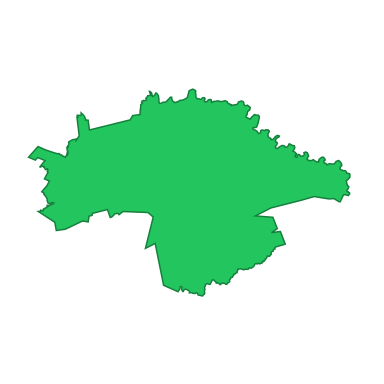 the district of Concordia, Sinaloa, Mexico, rotated 84°
{"feature_id": "50627088B76854514222016", "entity_name": "Concordia", "entity_type": "district", "adm_level": 2, "iso_a3": "MEX", "parent_name": "Mexico", "parent_adm1": "Sinaloa", "projection": "natural_earth1", "projection_center": [-106.025, 23.421], "detail": "fine", "context": "isolated", "style": "filled", "palette": "green", "viewbox_px": 384, "rotation_deg": 84, "n_neighbors": 0, "source": "geoboundaries", "source_scale": "gbopen_adm2", "svg_char_len": 6022}
<svg xmlns="http://www.w3.org/2000/svg" viewBox="0 0 384 384"><g transform="rotate(84 192 192)"><path d="M260.6,119.8L259.6,118.7L259.3,117.4L258.5,117.4L257.5,116.4L257.2,116.0L257.3,115.4L256.0,115.3L255.5,114.9L253.6,104.7L240.5,108.2L240.7,117.2L237.4,111.0L225.6,114.2L222.4,131.5L216.1,115.1L211.6,84.0L209.3,71.0L213.2,56.6L213.4,51.5L217.2,46.6L217.2,45.6L210.7,41.7L210.7,39.7L211.9,37.1L210.6,35.5L209.3,35.4L208.9,36.1L208.2,36.4L208.0,37.5L207.4,38.0L206.8,38.0L205.0,36.3L203.0,35.5L202.2,36.4L201.2,36.8L197.7,37.4L196.9,37.2L196.0,35.7L193.6,33.3L192.5,33.5L191.4,33.1L190.6,33.2L190.1,33.7L189.6,36.0L188.0,36.4L186.8,37.4L186.5,39.5L185.2,41.8L184.1,42.4L182.6,41.9L181.7,40.6L181.0,40.2L179.2,40.5L177.3,41.5L176.0,42.9L176.6,45.4L178.8,47.4L179.0,49.0L178.2,52.2L179.1,55.0L177.7,55.8L176.8,57.3L176.0,57.8L174.8,57.5L174.3,56.3L173.4,56.2L171.6,57.3L170.9,58.2L171.4,60.1L172.6,61.8L173.7,62.7L174.9,62.7L175.5,63.3L175.2,63.8L175.1,65.0L174.7,65.6L172.5,68.0L173.2,69.8L173.0,72.0L171.8,74.1L169.9,73.5L168.6,72.3L167.7,72.4L164.9,73.3L164.1,74.8L164.6,76.6L166.6,76.3L167.6,77.3L167.9,80.1L166.2,81.2L165.8,82.3L166.5,83.6L168.1,83.7L168.4,84.3L168.2,85.0L167.8,85.5L166.9,85.7L164.9,84.1L164.3,84.8L163.6,85.0L161.9,87.3L159.1,85.2L156.8,85.3L156.2,87.3L154.4,89.7L154.5,90.7L156.2,91.4L157.3,93.3L157.2,94.7L155.9,95.1L155.1,97.3L156.1,100.0L157.7,102.5L157.0,104.2L155.5,104.5L154.3,103.1L152.7,102.1L151.6,102.2L150.6,103.7L149.9,103.7L147.6,102.7L146.4,99.8L145.5,99.2L144.9,100.1L144.7,101.4L145.6,103.3L147.7,105.3L148.3,106.3L148.3,107.7L147.8,108.1L146.9,108.0L146.3,109.2L145.0,110.4L142.4,110.5L139.7,108.7L139.3,108.8L139.2,109.4L138.3,109.7L137.8,111.9L138.5,113.3L137.8,115.1L137.7,116.4L138.2,117.2L140.4,117.7L140.8,119.7L138.7,120.8L137.1,122.5L136.2,124.5L135.1,124.8L134.4,124.4L134.5,121.5L133.8,120.7L130.0,118.9L124.7,117.2L123.8,117.2L122.5,118.1L122.3,120.1L121.5,121.8L123.9,125.0L125.7,126.5L123.3,130.3L122.2,130.4L120.8,129.1L117.9,128.4L116.5,126.1L114.0,125.2L111.5,127.8L111.8,129.6L111.5,130.5L110.2,131.2L108.3,131.2L107.4,131.7L106.7,133.3L106.8,134.4L107.4,136.4L109.2,137.6L109.7,138.5L109.8,141.7L110.2,143.8L110.0,144.1L109.3,143.8L107.6,146.9L105.9,147.5L104.7,149.4L105.2,153.6L104.9,154.8L104.2,155.7L104.3,156.8L104.0,157.7L104.3,158.7L104.2,160.9L105.1,163.0L104.8,163.3L102.4,163.2L101.9,164.0L102.1,166.2L103.6,167.4L103.8,169.5L102.7,170.3L101.2,169.4L100.0,169.4L99.5,169.8L99.3,171.5L100.9,173.3L100.1,175.3L99.9,177.0L97.6,178.3L95.5,177.9L93.7,178.3L92.4,177.7L91.9,177.8L91.1,178.3L89.8,180.5L90.7,183.7L91.1,184.3L97.4,186.7L98.4,188.2L99.6,191.6L99.7,194.9L100.6,196.1L100.9,196.9L100.8,197.7L101.4,199.5L99.5,201.8L97.3,202.4L95.7,202.3L95.4,203.1L96.0,204.3L96.9,204.9L97.2,205.6L99.9,208.6L99.7,211.5L100.6,213.6L100.6,214.7L100.3,215.2L97.7,215.5L96.7,215.2L92.7,215.4L90.5,216.5L89.8,217.2L89.8,217.7L91.7,219.0L92.8,220.4L92.8,221.3L89.1,221.9L87.8,223.1L87.5,223.8L91.6,223.0L91.7,226.1L93.7,227.4L93.9,228.1L95.6,227.5L96.3,229.6L95.8,230.4L96.3,231.2L96.2,231.9L96.8,232.1L97.3,232.8L98.6,232.1L99.7,233.7L100.4,234.0L102.6,234.1L104.0,234.8L104.7,234.4L106.0,235.2L107.4,235.2L108.0,235.5L109.5,235.3L109.8,243.0L113.8,246.0L119.6,287.5L109.7,287.8L109.3,290.4L108.3,290.2L107.1,290.8L106.0,290.8L103.5,292.4L101.8,294.0L103.3,294.0L104.2,294.7L103.7,298.1L105.6,297.7L105.5,298.6L124.4,298.3L128.5,301.8L127.2,301.7L127.5,302.9L127.4,304.8L128.3,307.4L129.3,309.3L129.8,309.6L131.0,309.3L132.1,309.7L133.5,311.0L134.4,310.3L134.6,311.0L134.3,311.5L134.7,311.8L135.5,311.6L136.2,311.9L137.0,311.4L138.0,311.8L139.2,311.1L139.5,311.7L140.2,311.6L140.4,312.3L141.0,312.3L141.3,311.5L142.6,312.2L142.6,312.5L142.1,312.8L144.2,314.4L142.9,316.1L143.0,317.0L141.5,317.8L141.0,319.2L139.9,320.1L139.8,320.9L140.0,321.4L138.6,325.0L134.9,333.1L130.7,340.4L140.3,350.9L143.9,344.5L141.6,341.9L145.3,334.9L151.1,340.6L151.4,340.2L151.3,339.7L150.7,339.3L150.6,338.6L151.2,336.7L151.6,337.1L153.1,335.8L154.4,335.5L153.8,333.4L154.5,333.0L155.0,333.6L155.8,333.1L156.6,333.8L157.7,333.2L158.4,333.9L163.5,337.4L166.2,332.7L170.8,335.8L176.0,341.4L176.5,341.1L177.1,339.6L178.1,339.5L178.3,339.0L179.1,339.0L179.3,339.3L181.4,337.6L182.2,337.6L183.3,336.8L186.1,336.9L188.5,336.0L188.6,334.8L189.0,334.2L188.7,334.0L187.8,332.6L188.1,331.8L188.5,331.3L188.6,330.6L189.4,331.5L190.2,334.5L191.1,336.4L190.3,336.8L190.1,337.4L192.0,337.9L193.4,341.5L194.0,341.9L195.0,341.9L195.2,342.7L194.3,344.4L195.8,345.0L195.3,345.8L195.3,346.9L207.8,331.6L216.1,331.0L215.8,322.0L209.4,303.9L210.9,298.4L205.3,296.9L204.8,293.8L202.9,293.5L200.6,277.9L208.8,276.0L208.7,275.1L208.3,274.2L206.9,272.2L205.7,271.3L205.5,268.6L205.9,267.4L206.9,266.9L204.2,262.7L207.8,237.9L212.9,233.2L243.2,244.2L239.3,234.0L281.8,230.0L289.7,216.3L287.7,214.6L285.1,213.7L284.8,213.3L284.9,212.4L285.8,211.8L286.5,212.3L287.7,212.6L290.0,211.6L290.0,211.0L288.8,210.5L288.0,209.3L288.0,208.2L290.0,205.2L290.8,204.9L292.0,205.2L292.1,202.8L292.8,201.7L293.3,200.0L292.7,198.0L293.1,197.4L295.1,196.6L296.5,192.5L296.1,191.9L295.2,191.5L294.9,190.4L293.9,189.9L291.9,190.0L290.0,189.3L288.2,189.6L287.0,188.6L285.7,188.4L285.2,187.8L284.8,186.1L285.7,184.5L285.7,183.6L281.6,181.0L281.8,179.5L282.9,178.8L283.6,177.8L285.0,177.5L285.3,177.0L285.1,176.0L285.3,175.2L287.1,173.8L287.0,173.2L286.3,172.6L285.8,171.0L286.3,169.2L287.5,167.6L287.5,167.2L286.0,165.7L285.8,164.8L285.1,163.9L283.4,163.9L282.6,163.0L281.4,162.5L281.0,160.7L280.0,160.4L279.4,159.4L277.9,158.7L278.1,158.0L277.1,156.7L276.9,155.6L275.0,155.1L274.6,154.6L273.5,154.6L273.5,151.6L274.8,148.6L274.5,148.3L274.4,146.8L274.7,144.5L274.5,143.7L273.6,143.4L273.5,142.4L273.9,141.0L273.3,139.6L271.9,137.9L270.7,137.3L270.0,136.5L269.9,135.6L270.4,134.7L269.9,133.4L270.6,132.0L270.0,131.3L270.1,130.2L269.5,129.2L268.6,129.1L268.5,127.7L268.0,127.8L267.0,126.2L266.4,126.2L265.9,125.0L263.5,123.8L264.1,122.1L263.7,121.2L262.0,119.6L260.6,119.8Z" fill="#22c55e" stroke="#15803d" stroke-width="1.5"/></g></svg>